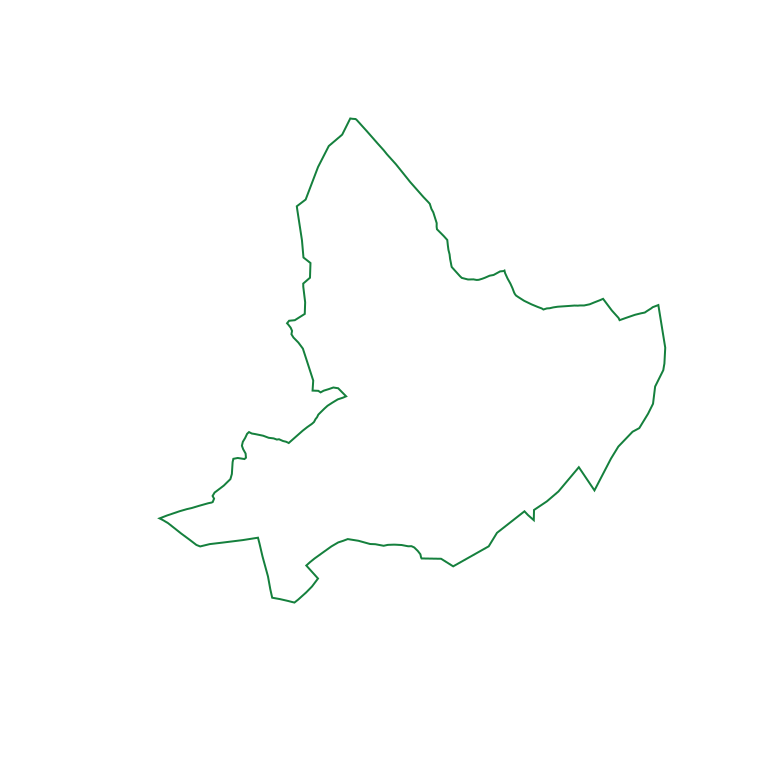 the district of Al-Diwaniya, Al-Qādisiyyah, Iraq, rotated 228°
{"feature_id": "34846034B69027693964314", "entity_name": "Al-Diwaniya", "entity_type": "district", "adm_level": 2, "iso_a3": "IRQ", "parent_name": "Iraq", "parent_adm1": "Al-Qādisiyyah", "projection": "mercator", "projection_center": [44.918, 32.02], "detail": "fine", "context": "isolated", "style": "outline", "palette": "green", "viewbox_px": 768, "rotation_deg": 228, "n_neighbors": 0, "source": "geoboundaries", "source_scale": "gbopen_adm2", "svg_char_len": 3166}
<svg xmlns="http://www.w3.org/2000/svg" viewBox="0 0 768 768"><g transform="rotate(228 384 384)"><path d="M434.3,127.3L431.2,128.5L425.2,130.4L408.7,133.2L398.5,135.3L389.9,136.9L386.3,138.7L381.6,147.4L374.8,157.0L362.5,174.6L354.1,187.5L348.9,184.8L337.1,178.3L318.6,169.0L307.6,162.2L300.0,157.9L293.7,162.8L287.0,167.5L283.7,169.7L281.5,171.2L281.2,176.1L281.2,180.4L281.2,186.9L281.7,195.0L283.6,204.8L287.0,204.8L292.2,204.8L296.1,204.8L301.1,204.8L301.1,210.1L300.8,215.6L299.5,227.4L298.5,236.3L296.9,244.0L294.8,248.7L293.0,253.3L284.6,260.1L274.4,266.6L270.8,270.3L264.0,275.5L261.9,279.2L257.7,284.2L252.5,289.4L247.2,293.4L245.1,295.9L242.3,297.1L237.3,297.4L233.1,297.1L230.5,295.6L229.2,295.2L228.1,296.4L215.9,309.5L202.2,313.4L193.3,353.2L197.8,368.4L195.4,403.2L190.3,403.3L182.6,404.2L190.0,411.2L187.8,426.5L187.4,441.7L191.8,473.1L164.1,469.2L176.7,502.8L180.7,516.3L182.2,536.8L180.4,544.2L185.2,560.3L189.3,570.7L200.7,583.8L207.4,600.8L210.2,604.3L211.5,606.0L222.8,617.3L259.1,640.7L261.3,635.0L261.4,633.2L262.2,628.5L262.6,625.6L264.5,622.4L267.5,616.8L271.2,608.1L272.1,605.9L273.8,601.8L276.1,602.5L277.1,602.5L279.0,602.5L282.2,602.5L283.3,602.5L286.2,602.5L300.7,603.8L301.8,600.5L304.1,594.4L305.6,590.2L308.5,585.2L311.3,582.1L312.5,580.5L314.8,578.1L319.0,572.7L325.2,564.8L327.7,561.0L329.4,557.9L331.2,555.6L332.7,552.3L334.6,551.8L338.4,549.8L344.5,546.9L352.1,543.8L358.6,542.0L361.4,541.3L363.5,541.5L365.2,542.0L369.0,543.5L374.0,545.1L379.7,546.4L385.4,548.2L387.7,549.4L387.9,548.5L390.0,545.6L390.8,542.2L391.7,538.4L393.8,535.0L395.5,529.9L396.5,527.4L398.0,524.2L399.3,522.5L402.0,520.4L405.4,516.4L410.8,512.8L413.2,512.6L414.8,512.6L417.2,512.6L420.7,512.6L425.6,512.6L426.9,513.3L429.0,514.6L432.7,516.8L436.5,519.5L440.5,521.6L444.3,524.2L448.7,527.4L450.8,527.4L454.0,527.4L463.5,526.9L465.6,528.3L468.3,530.8L478.6,535.5L482.4,536.4L487.3,538.6L489.8,538.6L496.8,538.4L516.6,538.6L539.3,539.9L552.8,539.9L558.0,540.2L567.3,540.2L582.3,540.4L587.9,540.4L590.5,540.4L598.3,540.4L599.9,540.2L602.3,537.9L603.9,536.6L597.3,519.8L597.8,502.2L589.4,480.2L573.5,449.2L574.4,438.1L571.3,436.0L545.7,419.2L531.9,408.8L523.1,410.3L512.5,400.1L512.7,391.2L510.3,389.1L497.5,380.1L489.1,372.0L491.1,360.4L494.5,355.8L494.0,352.6L492.0,352.6L488.2,352.3L485.0,351.2L482.9,348.5L479.1,347.8L472.1,348.1L464.6,347.4L453.8,342.6L433.9,333.7L426.9,326.5L422.9,330.6L420.2,331.3L419.4,334.7L417.0,339.9L415.3,344.0L411.5,347.1L404.8,347.4L400.2,347.6L401.4,344.1L403.5,339.4L404.7,333.1L405.6,327.5L405.6,323.4L405.4,318.7L405.2,314.7L404.1,312.0L403.7,309.5L402.6,306.6L402.6,303.9L403.3,298.2L403.7,292.4L403.9,273.7L406.6,272.6L409.2,270.8L413.2,269.0L414.4,267.2L417.4,265.6L421.2,262.3L426.4,259.6L433.2,254.6L435.7,252.6L438.6,251.5L438.6,249.0L436.8,244.7L435.5,240.4L433.2,237.1L429.8,235.7L424.9,234.6L421.6,232.1L421.6,230.1L426.9,225.8L429.2,222.0L427.3,219.3L418.9,210.7L416.1,206.2L415.9,201.3L415.7,197.0L416.5,187.3L416.7,185.5L415.5,181.7L412.5,181.0L410.9,177.7L411.3,176.5L413.0,173.6L417.2,165.1L420.5,158.1L422.9,153.8L426.2,147.0L431.5,134.7L434.3,127.3Z" fill="none" stroke="#15803d" stroke-width="2"/></g></svg>